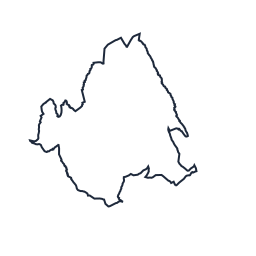 the district of General Felipe Ángeles, Puebla, Mexico, rotated 130°
{"feature_id": "50627088B91535396916577", "entity_name": "General Felipe Ángeles", "entity_type": "district", "adm_level": 2, "iso_a3": "MEX", "parent_name": "Mexico", "parent_adm1": "Puebla", "projection": "albers", "projection_center": [-97.667, 19.028], "detail": "fine", "context": "isolated", "style": "outline", "palette": "slate", "viewbox_px": 256, "rotation_deg": 130, "n_neighbors": 0, "source": "geoboundaries", "source_scale": "gbopen_adm2", "svg_char_len": 5823}
<svg xmlns="http://www.w3.org/2000/svg" viewBox="0 0 256 256"><g transform="rotate(130 128 128)"><path d="M117.1,47.8L115.2,50.1L113.9,53.2L114.5,53.0L115.6,53.0L118.8,53.9L121.4,54.0L122.3,54.7L122.5,55.3L122.4,58.6L122.5,61.2L122.8,62.6L122.5,63.9L122.3,65.6L121.4,67.8L114.8,72.0L114.1,74.3L113.3,75.3L112.9,76.3L112.3,76.7L111.9,77.5L111.0,81.2L110.4,82.9L109.7,84.2L108.9,87.2L108.1,88.1L106.6,90.9L106.1,91.4L105.2,92.8L105.0,93.6L104.2,95.0L103.6,95.9L102.9,96.5L102.2,96.9L103.3,94.1L97.7,91.1L96.9,90.4L96.5,89.0L96.6,88.6L95.9,88.6L95.7,88.3L96.2,86.3L96.2,85.1L95.9,84.8L96.9,81.2L97.4,78.7L97.2,78.0L96.8,77.5L95.6,77.0L94.7,78.2L93.7,79.8L93.7,80.1L92.9,82.3L91.8,83.7L91.5,84.9L91.2,85.2L91.1,86.2L90.7,86.9L90.5,88.3L90.3,88.9L90.1,91.3L89.6,92.6L89.2,92.9L89.5,93.3L89.2,93.5L88.1,96.6L88.0,98.5L87.7,98.8L87.4,98.7L86.6,98.8L85.4,101.2L84.9,101.5L85.0,102.2L84.8,102.4L84.6,104.0L84.2,104.5L83.6,104.4L83.3,105.1L82.8,105.6L81.8,105.3L81.2,105.3L81.0,105.5L80.9,106.5L79.9,107.1L80.3,107.4L79.8,107.9L79.1,109.4L78.3,110.0L77.1,112.7L76.3,113.4L76.3,114.9L75.7,115.5L75.5,116.5L74.7,117.1L74.6,117.6L74.6,118.8L74.9,119.6L74.9,120.0L74.8,120.4L74.2,120.9L73.9,122.8L73.2,123.0L73.1,123.7L73.2,125.0L72.9,125.6L72.6,125.9L72.5,126.5L72.8,126.9L72.9,127.3L72.8,128.0L72.3,128.8L72.2,130.1L72.0,130.9L71.4,130.9L71.2,131.4L71.1,132.0L70.3,132.1L69.9,132.6L69.3,133.0L68.8,133.8L68.4,134.0L68.2,134.8L68.1,136.2L67.2,137.3L67.2,137.6L67.6,137.9L67.9,138.8L67.8,139.4L67.3,140.1L66.7,140.0L66.1,141.0L65.8,142.6L65.4,142.8L65.3,143.3L65.0,143.5L64.8,144.4L64.4,145.2L64.4,147.0L64.2,147.4L63.9,147.6L63.8,148.1L63.2,148.6L62.6,149.6L62.1,150.1L61.1,151.4L61.2,151.6L60.6,152.6L60.5,152.9L60.6,153.1L60.1,153.9L59.7,154.9L59.6,155.6L58.9,156.7L58.6,157.9L58.6,158.7L58.3,159.1L58.1,160.8L57.2,161.6L57.0,162.1L56.7,162.3L56.5,163.3L55.2,164.8L54.9,166.6L53.9,167.8L53.5,168.8L54.0,169.7L54.0,170.0L53.6,170.8L53.8,171.0L53.3,172.6L53.3,173.4L53.2,174.0L53.3,174.5L53.8,175.2L53.5,175.5L53.7,176.3L48.3,179.6L53.7,182.4L55.3,182.8L59.2,182.3L66.4,180.9L66.7,181.4L66.1,182.6L65.8,184.7L64.3,188.9L64.3,189.2L64.0,189.7L63.4,191.4L67.7,193.2L68.6,193.9L69.9,194.4L77.1,197.0L82.3,197.0L93.1,189.3L94.3,188.2L94.8,188.5L95.0,189.0L95.2,191.1L96.7,193.0L100.2,196.3L100.8,195.6L101.7,195.4L103.0,196.2L103.7,195.8L104.4,195.0L105.4,194.6L106.4,194.5L107.1,194.8L107.4,194.2L108.0,194.0L108.9,194.1L109.3,194.0L109.7,193.5L111.0,192.9L111.3,192.9L112.4,193.5L113.4,193.2L114.4,193.4L116.2,192.2L116.8,192.1L118.6,191.2L119.6,191.6L120.4,190.6L121.5,191.2L122.8,189.8L123.6,189.8L124.1,189.0L124.7,188.9L125.2,188.7L126.2,188.7L126.9,188.0L127.3,187.3L127.5,187.2L128.6,187.8L135.7,178.0L138.0,179.2L139.0,177.9L139.6,178.1L140.6,177.4L142.9,177.6L148.9,179.1L149.0,181.0L148.6,182.4L148.8,182.9L148.7,183.1L148.8,184.0L149.4,184.7L149.2,185.4L149.7,186.0L149.4,186.6L148.8,186.8L148.9,187.5L148.4,187.9L148.9,189.4L148.8,189.5L148.9,190.5L147.8,191.1L147.0,192.2L146.9,193.3L147.2,193.7L149.1,193.2L150.1,193.6L150.4,193.5L151.0,192.7L151.8,192.4L152.4,193.3L153.1,193.6L154.0,193.7L154.3,193.1L156.0,191.3L157.2,190.2L159.0,188.9L161.3,187.9L162.3,187.8L163.2,187.8L164.3,188.6L164.3,189.8L163.3,190.0L162.9,190.6L162.7,191.1L162.7,192.4L161.3,193.9L160.6,195.4L159.5,196.5L158.6,196.6L157.5,197.7L157.0,198.8L157.0,200.6L155.8,202.0L155.2,203.4L155.8,206.4L161.2,207.5L161.3,207.3L163.9,208.2L167.3,208.2L170.0,205.3L170.8,204.1L171.5,201.8L174.9,202.7L175.5,201.0L179.5,199.8L179.7,198.6L182.2,198.4L183.2,198.0L184.6,196.6L186.4,195.5L187.4,194.2L189.5,193.0L190.9,192.4L192.0,191.5L193.4,190.1L194.4,189.8L197.0,190.2L197.6,190.6L198.5,191.2L200.5,195.1L200.8,194.6L200.6,193.2L201.0,192.1L200.5,190.7L200.1,190.1L199.6,188.1L198.6,186.7L197.9,186.2L197.2,185.4L197.0,183.8L198.1,181.8L199.4,177.0L198.7,174.9L198.2,174.6L197.4,174.5L196.8,173.6L194.9,173.2L193.8,172.7L193.5,172.1L192.9,171.7L192.7,172.3L192.2,172.3L191.7,171.5L189.8,171.6L188.7,171.2L187.5,171.0L186.3,170.5L185.0,170.7L185.7,170.3L187.9,167.7L192.5,163.9L194.9,158.7L195.3,158.4L195.9,158.4L196.1,158.2L196.0,157.2L196.6,155.5L196.8,153.6L197.7,152.6L197.8,152.3L197.8,152.0L197.5,152.0L197.4,151.6L197.5,151.1L198.0,150.4L197.9,149.9L198.4,149.6L198.6,148.9L199.1,148.7L199.3,147.9L200.6,147.9L200.8,147.5L201.0,146.4L201.3,145.9L201.5,145.9L201.6,145.3L202.1,145.3L202.4,144.8L202.3,144.3L202.5,144.1L202.9,143.9L202.8,143.6L203.4,143.2L203.5,142.9L203.3,142.5L203.2,141.4L202.9,140.7L202.7,139.6L203.6,138.8L203.5,138.3L203.8,137.9L204.0,137.5L204.0,137.0L204.7,134.6L204.8,133.4L205.0,132.9L205.1,131.8L205.7,130.4L206.6,129.1L207.0,128.7L207.5,127.6L207.7,126.4L207.3,125.2L206.8,123.8L205.7,122.5L205.1,121.0L204.8,120.7L204.5,119.3L204.3,117.0L205.5,115.2L204.7,114.5L204.3,113.9L203.7,108.4L200.3,104.5L199.0,102.4L198.5,100.7L198.2,100.3L200.6,96.5L200.7,92.7L200.5,92.3L199.2,91.5L193.5,89.1L192.3,88.2L190.3,87.8L188.9,86.7L188.3,85.6L188.3,85.2L187.7,84.4L187.9,85.0L188.0,87.2L188.3,88.4L188.1,89.6L187.3,89.9L187.4,91.1L187.1,91.7L185.6,92.4L184.1,92.6L182.5,93.2L181.0,93.4L180.4,93.8L178.6,94.2L178.1,94.8L177.3,95.2L176.1,95.3L174.7,95.9L174.1,96.4L171.7,96.8L170.5,97.5L169.4,98.8L168.3,99.6L166.9,98.5L163.8,96.9L161.4,96.3L160.7,93.4L157.5,90.5L156.1,90.2L154.5,89.3L150.6,89.0L148.2,87.8L146.7,87.5L144.5,87.8L145.7,85.9L146.8,85.3L147.9,84.2L148.7,84.0L149.3,83.7L149.9,83.7L151.6,83.3L153.2,83.2L154.4,83.2L153.3,80.7L151.9,79.4L151.0,78.0L149.7,77.3L146.3,76.5L142.4,72.1L142.3,69.9L142.4,63.1L142.1,62.6L141.9,62.0L142.0,60.7L142.4,59.6L139.8,58.5L140.8,56.5L141.4,54.6L141.7,54.6L140.3,54.0L136.9,53.7L131.0,52.5L128.0,52.7L126.8,52.4L125.3,51.2L124.6,50.3L124.1,50.2L121.5,50.7L120.8,50.5L120.4,50.4L120.2,49.9L120.3,49.5L118.9,48.8L118.1,48.5L117.1,47.8Z" fill="none" stroke="#1e293b" stroke-width="2"/></g></svg>